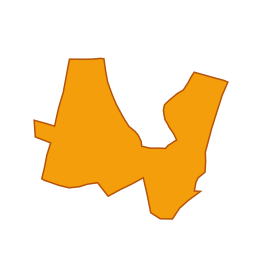 outline of Qalat Saleh, Maysan, Iraq, rotated 201°
{"feature_id": "34846034B15043886970359", "entity_name": "Qalat Saleh", "entity_type": "district", "adm_level": 2, "iso_a3": "IRQ", "parent_name": "Iraq", "parent_adm1": "Maysan", "projection": "orthographic", "projection_center": [47.323, 31.48], "detail": "fine", "context": "isolated", "style": "filled", "palette": "amber", "viewbox_px": 256, "rotation_deg": 201, "n_neighbors": 0, "source": "geoboundaries", "source_scale": "gbopen_adm2", "svg_char_len": 1135}
<svg xmlns="http://www.w3.org/2000/svg" viewBox="0 0 256 256"><g transform="rotate(201 128 128)"><path d="M65.4,54.8L53.9,59.0L51.1,71.6L45.9,81.8L37.6,94.8L43.5,93.0L45.1,101.4L44.7,106.5L40.3,114.4L43.5,124.6L47.1,133.0L49.8,158.2L50.6,171.7L51.8,192.2L51.2,206.6L55.7,206.8L62.8,206.0L70.0,205.3L86.2,203.8L87.3,198.7L88.1,192.1L89.9,183.5L94.4,177.7L98.7,170.1L101.3,165.0L102.2,162.5L101.3,157.2L99.0,153.1L96.4,149.0L92.5,146.0L89.9,143.5L86.0,140.9L82.3,138.1L78.2,134.1L79.7,132.6L82.1,129.0L84.3,126.2L85.6,122.4L91.6,120.4L100.1,117.1L108.7,115.9L110.9,120.2L116.0,125.0L120.6,127.5L127.7,129.8L136.1,136.1L147.4,145.8L150.8,149.3L155.6,154.4L163.4,163.5L168.8,172.3L170.1,174.6L175.3,184.0L178.5,183.2L185.6,179.7L194.5,176.1L207.3,171.3L205.7,162.2L201.2,138.1L200.1,123.2L199.0,115.1L197.2,103.4L205.2,102.9L210.2,102.4L218.4,101.6L211.3,86.4L206.1,86.4L194.9,86.4L194.0,73.5L191.6,59.8L190.3,49.7L187.2,49.2L181.9,49.4L171.7,49.7L161.4,51.1L152.3,55.8L145.9,60.9L136.8,66.0L122.1,57.2L113.0,67.9L104.7,76.7L95.9,87.0L86.8,73.5L78.5,60.4L76.5,57.1L65.4,54.8Z" fill="#f59e0b" stroke="#b45309" stroke-width="1.5"/></g></svg>